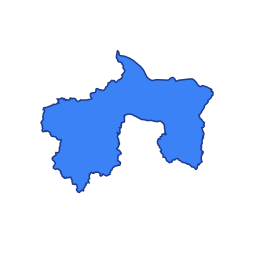 the district of Mahakam Hulu, Kalimantan Timur, Indonesia, rotated 307°
{"feature_id": "22746128B30313932055345", "entity_name": "Mahakam Hulu", "entity_type": "district", "adm_level": 2, "iso_a3": "IDN", "parent_name": "Indonesia", "parent_adm1": "Kalimantan Timur", "projection": "robinson", "projection_center": [114.588, 0.666], "detail": "fine", "context": "isolated", "style": "filled", "palette": "blue", "viewbox_px": 256, "rotation_deg": 307, "n_neighbors": 0, "source": "geoboundaries", "source_scale": "gbopen_adm2", "svg_char_len": 5820}
<svg xmlns="http://www.w3.org/2000/svg" viewBox="0 0 256 256"><g transform="rotate(307 128 128)"><path d="M167.0,193.1L169.2,192.0L170.6,189.9L170.9,189.0L172.7,186.7L173.8,187.7L175.2,187.8L176.0,187.3L176.0,186.6L178.2,185.8L178.4,184.9L178.3,183.4L179.2,181.5L179.0,179.8L180.2,178.2L180.7,176.9L181.2,176.7L181.8,177.2L184.3,177.2L185.8,176.8L189.4,176.7L192.4,175.6L195.4,176.3L197.3,176.2L198.2,175.2L200.9,176.0L203.7,175.9L204.3,175.4L205.0,175.9L205.6,175.9L207.8,174.3L208.0,173.4L207.3,172.6L208.1,171.7L208.2,171.9L209.2,171.6L208.0,165.6L206.6,161.8L205.1,161.4L204.3,160.2L204.5,157.7L205.5,155.1L206.0,152.2L206.0,150.2L204.6,148.1L196.9,140.0L194.1,138.1L195.2,136.2L195.5,133.7L194.6,132.5L193.3,132.2L192.8,131.8L191.2,131.7L190.1,130.9L183.7,121.6L181.4,119.7L180.2,118.2L179.8,114.9L180.1,112.4L183.7,105.2L184.6,101.4L185.1,91.7L184.7,87.4L183.2,82.0L181.2,78.5L181.0,77.2L182.9,75.1L183.4,74.0L183.3,73.2L182.3,73.5L177.7,75.9L176.9,76.8L176.4,79.0L176.2,79.2L175.7,79.2L175.3,79.9L175.3,81.0L176.0,82.2L176.3,83.7L175.5,84.3L175.7,85.2L174.6,87.0L173.0,87.8L172.2,90.7L170.5,91.4L168.6,91.3L168.0,91.5L166.6,91.0L166.1,92.4L163.8,93.0L163.3,92.6L162.5,92.7L160.9,91.6L158.4,91.3L157.2,90.8L157.1,90.1L157.6,88.9L157.3,87.9L156.6,87.4L156.2,86.3L154.4,86.0L153.7,86.3L152.1,85.0L150.7,85.8L148.9,86.3L147.0,85.7L145.3,86.3L142.9,85.6L142.1,83.0L141.3,82.8L141.2,82.5L141.2,80.1L140.4,79.2L139.9,79.1L138.0,80.2L136.8,80.5L136.0,80.0L135.0,78.6L133.5,77.6L132.6,77.4L130.5,79.2L129.9,81.4L128.9,81.1L125.4,78.1L123.8,75.9L122.3,74.4L122.2,73.4L119.7,72.6L118.9,71.8L118.8,71.3L119.6,68.3L118.7,66.2L117.8,65.8L117.5,64.2L117.2,64.0L116.6,63.8L116.0,64.3L115.2,64.3L113.7,62.4L113.7,61.9L112.5,61.7L112.5,61.3L113.1,60.5L112.8,60.1L113.1,59.2L112.8,58.9L112.2,59.0L112.5,58.0L112.2,57.1L109.6,55.9L109.3,54.8L108.5,54.1L108.1,55.8L107.3,56.0L106.5,57.6L106.3,56.9L105.9,56.7L104.4,56.5L103.3,56.0L101.9,54.1L101.0,54.1L99.8,53.1L98.9,53.0L98.1,52.1L97.4,51.9L95.0,50.3L94.8,49.8L94.1,49.7L93.9,48.9L93.4,48.6L91.7,49.2L91.9,49.4L91.9,50.6L91.3,51.4L90.8,51.3L90.3,51.4L90.0,51.8L89.2,51.6L87.4,52.2L87.0,52.8L85.4,53.3L84.7,54.7L82.3,55.3L80.7,55.1L79.7,55.5L79.7,56.4L78.5,57.6L78.5,58.4L77.0,59.0L76.3,60.3L74.8,60.5L73.8,61.7L74.1,62.8L74.7,63.0L75.0,63.4L75.7,63.5L75.7,64.4L76.2,64.9L76.9,64.7L77.2,65.4L77.5,68.7L76.3,69.4L76.3,70.6L75.6,71.0L75.5,72.1L77.2,75.2L77.3,76.8L76.6,77.4L76.5,79.3L77.2,79.9L77.5,81.0L78.3,81.5L78.4,82.1L75.0,83.0L73.6,84.2L70.7,85.2L69.2,86.5L67.3,87.3L66.1,86.9L65.0,85.2L64.3,85.5L63.2,86.8L59.1,85.4L58.8,85.8L57.9,85.9L57.2,86.8L57.0,87.9L57.2,88.6L56.0,91.4L52.1,91.6L51.2,92.6L51.1,93.5L51.5,95.3L52.7,95.8L53.3,96.8L53.0,98.8L53.2,99.2L53.0,100.0L52.3,100.8L51.6,101.1L51.7,101.8L50.8,102.9L50.7,103.7L49.8,104.8L49.8,106.1L50.2,106.2L50.3,106.6L49.7,107.3L50.4,108.5L51.2,109.0L51.6,108.8L52.0,110.0L52.9,110.8L53.9,111.2L54.2,111.8L53.7,112.9L53.2,113.4L52.8,114.5L51.1,116.0L50.5,117.0L49.9,117.4L49.9,117.7L50.8,119.0L50.8,119.4L51.7,119.8L51.7,121.0L50.0,123.6L48.8,123.6L47.4,124.3L46.8,126.5L47.2,127.9L50.4,128.5L50.9,130.2L51.5,130.1L52.7,128.9L54.4,129.2L55.6,128.6L57.4,128.8L58.4,127.8L59.0,128.0L60.2,129.0L60.5,128.9L60.9,129.8L62.4,127.5L64.6,127.7L66.3,125.8L66.9,125.8L67.7,125.0L68.6,125.6L69.5,125.2L70.3,125.3L70.6,125.7L70.6,126.8L70.9,127.6L71.5,127.5L72.0,127.7L72.0,128.3L73.2,128.6L73.6,129.5L74.7,130.4L74.8,132.9L74.5,133.4L73.2,134.2L73.1,134.9L73.9,135.7L74.8,135.8L75.6,135.4L76.2,135.5L76.1,136.2L76.8,139.7L77.5,139.9L78.2,140.6L78.9,140.6L79.3,141.0L79.9,141.0L80.3,141.4L80.7,140.5L81.2,140.4L82.1,140.7L83.0,140.1L84.1,139.8L84.6,140.3L85.7,140.2L86.6,139.6L88.7,140.4L90.0,140.6L91.0,142.0L92.2,142.3L93.0,143.6L93.8,143.8L95.5,143.0L95.9,142.6L96.1,141.6L95.8,139.4L97.9,138.1L98.1,137.6L100.3,136.8L103.0,137.9L103.7,137.9L104.9,134.7L104.4,132.3L104.8,131.3L106.6,131.8L108.3,131.1L109.4,131.1L110.0,129.9L110.5,130.4L110.8,130.3L111.5,128.8L112.3,128.5L112.5,127.5L113.7,126.9L113.9,125.8L114.7,124.5L115.6,124.6L116.6,124.1L117.5,122.5L118.1,122.2L118.3,122.6L117.1,123.6L117.3,124.5L118.9,124.7L120.5,123.7L121.6,122.4L122.9,122.0L123.1,121.3L123.5,122.1L124.2,122.3L125.2,121.5L125.3,121.0L126.1,121.2L127.1,120.0L127.6,120.2L128.1,119.7L130.8,121.4L131.0,121.0L132.1,120.6L133.2,119.4L134.7,118.7L135.1,117.6L135.8,118.1L137.1,118.0L137.9,119.0L138.6,119.0L140.6,121.7L141.3,123.5L141.6,126.0L142.0,127.3L142.9,133.5L144.7,136.6L145.3,138.4L146.1,139.7L148.0,141.8L149.7,146.1L150.5,146.8L150.8,147.9L151.5,148.1L152.9,149.6L153.2,150.4L152.6,155.0L152.2,155.3L152.0,155.2L150.9,156.5L149.8,157.2L148.3,159.0L146.6,160.3L146.6,161.0L145.9,162.1L145.3,161.9L145.0,160.4L143.7,159.1L142.6,159.4L141.9,160.0L140.4,159.1L138.4,160.1L137.9,158.9L137.4,158.8L135.5,159.4L133.9,160.4L132.7,162.2L132.5,163.9L131.6,164.6L130.9,167.7L129.5,168.4L129.1,167.8L128.8,168.0L128.0,170.3L128.1,171.6L126.8,173.0L125.8,173.6L126.8,175.0L126.4,176.7L125.1,178.6L125.3,179.6L125.2,181.9L125.8,182.1L127.1,183.5L127.7,183.4L128.4,182.7L129.1,182.9L129.7,183.3L130.7,184.6L131.9,184.6L133.4,185.9L133.4,187.0L133.0,187.5L133.4,189.7L133.3,192.1L134.4,194.3L134.9,196.1L134.8,197.1L135.5,197.9L135.9,198.9L135.6,199.4L135.7,200.4L135.3,202.1L136.4,204.6L135.7,206.5L136.0,207.3L138.0,207.3L139.0,206.3L140.4,206.2L141.0,205.7L141.4,206.0L141.2,206.8L141.4,206.9L144.3,206.8L145.0,207.4L145.6,207.4L147.2,205.2L148.0,204.8L148.7,203.9L149.5,203.8L150.7,203.1L151.8,203.3L152.3,202.3L152.9,202.9L153.7,202.7L153.7,202.4L154.0,202.5L154.3,202.2L154.1,200.8L154.5,200.5L154.8,199.0L157.0,198.4L157.1,197.2L158.1,196.7L158.8,197.1L159.6,196.4L160.7,196.4L161.9,194.9L163.0,194.6L163.5,194.0L163.9,194.3L164.5,193.9L165.5,194.1L166.0,193.5L165.9,193.1L166.4,192.6L167.0,193.1Z" fill="#3b82f6" stroke="#1e3a8a" stroke-width="1.5"/></g></svg>